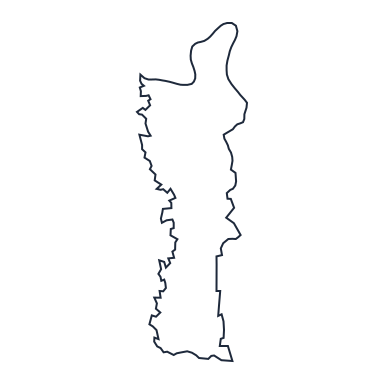 Itatiba do Sul, Rio Grande do Sul, Brazil
{"feature_id": "56859067B16431259864776", "entity_name": "Itatiba do Sul", "entity_type": "district", "adm_level": 2, "iso_a3": "BRA", "parent_name": "Brazil", "parent_adm1": "Rio Grande do Sul", "projection": "equal_earth", "projection_center": [-52.482, -27.355], "detail": "fine", "context": "isolated", "style": "outline", "palette": "slate", "viewbox_px": 384, "rotation_deg": 0, "n_neighbors": 0, "source": "geoboundaries", "source_scale": "gbopen_adm2", "svg_char_len": 2568}
<svg xmlns="http://www.w3.org/2000/svg" viewBox="0 0 384 384"><path d="M235.9,25.7L231.8,23.0L227.1,23.0L223.5,24.0L220.8,25.7L217.8,28.4L215.1,30.9L212.8,33.7L210.2,36.6L207.7,38.8L204.3,40.9L200.8,41.9L197.9,42.5L195.2,43.8L192.3,46.5L191.1,50.6L190.6,55.7L190.8,59.6L191.9,63.4L193.3,66.9L194.6,71.0L195.3,74.4L195.2,78.4L193.9,81.6L191.7,83.9L187.3,84.9L183.4,84.9L180.4,84.7L176.7,83.8L172.9,82.7L169.6,81.8L165.4,80.9L162.3,80.4L159.2,79.8L155.8,79.4L152.2,79.5L148.4,79.5L144.5,78.2L140.4,74.6L140.1,80.7L141.5,83.8L143.9,85.8L139.8,87.5L140.9,91.2L140.7,96.1L146.1,95.9L148.6,95.3L150.5,99.2L148.2,100.7L150.1,105.3L145.4,109.9L142.8,107.9L137.0,111.9L139.1,114.2L142.0,114.6L146.2,118.8L145.5,123.5L148.1,131.7L150.6,135.7L148.0,136.3L139.4,134.7L142.1,145.0L142.1,149.2L145.5,152.4L144.5,157.6L149.8,161.0L151.6,165.9L149.9,169.2L155.5,174.5L154.7,180.4L161.3,184.6L156.7,188.9L160.6,189.8L163.2,189.2L167.3,192.8L170.5,188.8L174.1,194.8L175.4,197.9L169.3,200.6L171.3,202.9L171.4,208.1L162.9,208.9L162.3,212.6L160.9,218.6L161.9,222.8L166.6,220.3L172.4,219.5L173.7,222.7L173.7,228.1L170.8,229.0L170.5,235.3L177.4,239.2L175.3,242.4L175.1,249.6L172.4,251.6L174.1,257.8L168.3,258.4L170.2,263.1L165.9,267.6L164.2,261.9L159.2,260.3L161.1,269.2L158.4,273.9L160.5,276.8L161.3,280.8L164.2,279.6L165.3,283.0L165.9,288.0L163.2,291.3L159.6,291.0L160.6,297.7L154.3,297.6L156.9,303.4L155.9,308.7L160.3,312.5L156.0,316.7L151.8,315.4L149.4,324.3L152.8,326.4L156.5,330.1L158.5,339.1L154.4,337.6L154.2,341.6L157.2,346.4L160.6,348.1L163.6,352.3L167.2,351.7L173.7,355.0L176.7,353.3L181.2,352.4L187.2,351.3L191.9,352.7L196.2,355.3L199.0,358.0L208.3,358.9L211.3,355.9L214.1,355.5L221.4,360.2L232.4,361.0L227.9,346.0L219.8,346.0L220.8,338.8L223.6,337.9L224.0,329.9L223.5,321.3L221.6,314.3L218.2,315.9L219.0,305.6L220.2,291.0L216.5,291.0L216.6,264.4L216.5,256.4L222.0,255.1L220.8,248.4L223.2,243.2L228.3,239.0L232.4,238.8L235.8,239.0L238.3,237.1L240.6,235.0L233.9,223.2L226.2,217.7L234.1,207.8L230.8,198.9L227.5,198.7L226.8,193.1L230.3,189.9L232.9,188.8L235.3,185.5L236.1,181.4L235.5,172.9L230.9,169.6L231.8,164.9L232.5,160.8L232.2,156.9L231.0,152.6L228.8,148.8L227.9,145.4L226.1,141.7L224.4,138.7L223.7,134.7L232.9,129.2L234.9,126.5L237.3,124.3L240.1,123.4L243.0,122.2L244.3,119.0L244.4,114.2L246.5,107.7L247.0,102.8L244.8,99.9L242.7,97.6L240.3,95.0L237.9,91.9L234.9,88.4L231.5,84.1L228.4,79.2L226.9,74.6L226.6,70.3L226.6,65.5L227.4,60.7L228.9,55.1L229.8,51.2L231.3,47.1L233.2,43.2L234.9,40.0L236.5,36.2L237.4,31.2L235.9,25.7Z" fill="none" stroke="#1e293b" stroke-width="2"/></svg>